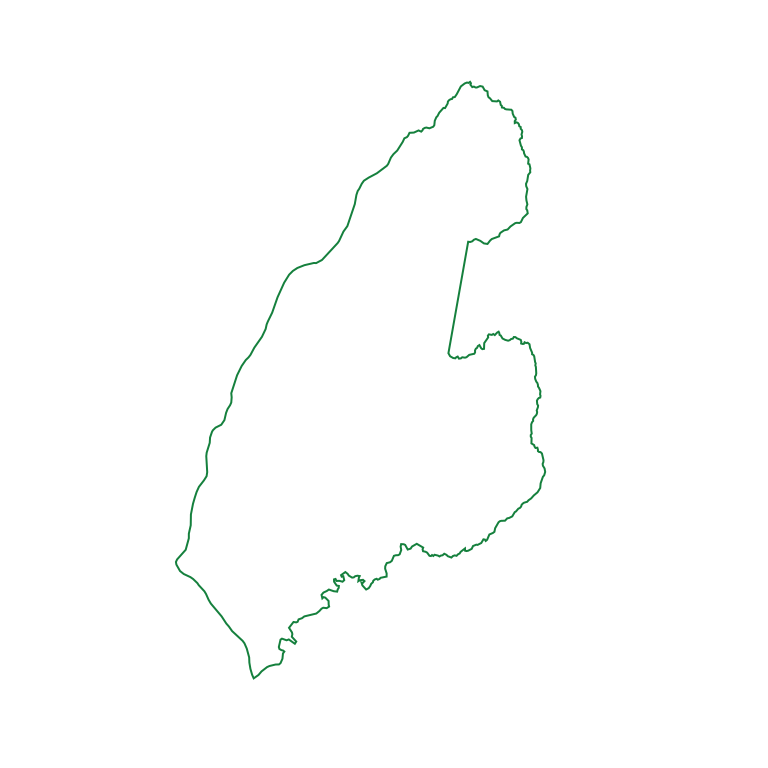 Conceição do Araguaia, Pará, Brazil, rotated 190°
{"feature_id": "56859067B33954079822227", "entity_name": "Conceição do Araguaia", "entity_type": "district", "adm_level": 2, "iso_a3": "BRA", "parent_name": "Brazil", "parent_adm1": "Pará", "projection": "natural_earth1", "projection_center": [-49.589, -8.207], "detail": "fine", "context": "isolated", "style": "outline", "palette": "green", "viewbox_px": 768, "rotation_deg": 190, "n_neighbors": 0, "source": "geoboundaries", "source_scale": "gbopen_adm2", "svg_char_len": 6139}
<svg xmlns="http://www.w3.org/2000/svg" viewBox="0 0 768 768"><g transform="rotate(190 384 384)"><path d="M473.2,99.6L469.3,91.3L468.2,86.2L466.1,80.3L463.4,74.8L461.2,71.5L457.1,75.6L454.7,79.7L450.0,84.9L447.8,86.4L442.1,88.9L438.7,89.6L437.4,91.2L436.3,95.8L436.7,101.1L435.7,103.2L437.1,104.0L438.8,104.1L441.0,104.9L441.9,106.7L441.5,114.3L440.3,115.5L435.4,114.7L433.4,115.9L426.7,112.7L425.7,115.1L430.9,119.1L430.8,121.7L431.5,123.4L435.2,127.4L431.8,133.9L429.1,134.0L427.8,134.8L427.2,137.4L424.1,139.1L422.1,141.3L410.8,146.2L408.2,149.2L406.5,151.9L405.0,153.1L401.5,153.3L399.4,155.3L400.2,157.2L400.9,160.7L404.7,163.4L406.5,163.6L407.5,162.2L408.9,165.5L407.4,168.1L404.4,170.2L402.6,172.0L397.5,171.2L394.1,171.4L393.9,173.7L393.2,175.3L393.4,177.3L395.6,177.3L398.8,180.6L399.3,182.9L397.9,183.6L396.6,181.8L393.9,182.4L390.5,182.1L389.1,183.9L390.7,187.6L392.2,186.9L393.1,188.3L389.4,192.1L386.8,190.7L385.4,189.2L381.8,187.8L380.2,188.3L379.0,189.7L376.8,190.6L374.6,190.6L375.1,188.8L375.0,185.4L373.8,186.5L370.7,187.5L369.0,186.5L370.3,184.5L371.7,184.6L370.3,181.9L365.9,178.5L363.6,180.3L362.5,182.6L361.9,185.0L360.5,186.8L360.4,188.4L359.2,189.9L357.4,190.9L356.2,190.2L354.5,191.2L353.8,192.5L348.0,194.8L348.5,197.9L350.8,202.3L351.1,204.7L350.2,208.1L347.1,209.5L345.6,211.2L344.4,216.5L342.6,217.4L340.3,217.9L339.0,219.0L338.2,223.5L339.4,226.8L339.3,229.3L336.7,229.6L335.2,229.2L331.9,225.1L329.2,226.5L328.2,228.8L324.0,232.3L317.0,229.7L317.3,228.0L316.5,226.1L313.9,226.0L312.2,225.4L309.4,222.7L307.9,222.7L307.0,223.9L305.6,223.2L304.6,224.6L301.1,224.4L299.4,223.8L298.4,224.8L296.6,225.5L295.2,227.3L292.8,226.6L291.3,225.5L287.5,224.8L286.2,226.6L284.6,227.5L282.7,227.4L281.5,229.2L280.1,230.2L279.4,232.0L275.7,236.1L275.2,233.9L273.8,233.8L272.2,234.4L269.0,236.9L268.2,239.9L265.2,241.8L263.9,241.8L260.6,244.3L259.1,248.3L257.6,248.3L256.6,247.1L255.4,248.5L254.1,254.1L250.9,256.2L249.6,257.6L249.5,261.3L247.2,267.7L246.2,268.9L244.8,269.6L241.1,270.4L239.3,273.1L237.5,273.8L234.7,275.9L233.0,280.5L231.9,281.4L230.1,284.5L228.6,285.6L227.7,287.1L227.5,288.9L226.6,290.3L225.5,291.4L222.5,292.9L221.5,294.6L219.2,296.9L217.1,300.3L214.0,304.0L212.1,308.7L212.5,313.4L211.4,320.2L210.4,321.9L210.0,325.4L211.2,328.7L213.3,331.1L213.9,332.9L213.5,334.8L213.7,336.7L216.4,343.0L218.0,344.1L219.5,344.0L220.7,344.6L221.1,346.3L221.9,347.9L223.7,347.3L224.9,348.5L225.5,349.9L228.5,351.1L229.3,356.5L230.3,357.6L230.6,359.2L229.9,360.8L231.0,364.2L232.0,369.8L231.6,372.0L230.7,373.6L231.1,375.1L230.7,376.8L228.7,379.8L228.3,381.2L228.3,383.0L229.0,384.4L228.4,387.9L228.5,389.5L229.6,390.8L230.5,394.1L230.0,395.7L229.2,397.0L227.8,397.8L227.8,399.5L228.5,400.9L228.7,404.1L230.6,407.0L231.9,408.3L232.3,410.0L233.2,411.7L234.4,412.7L236.0,415.3L236.6,417.4L235.9,419.0L235.9,420.9L237.4,427.2L238.2,428.6L238.2,430.6L239.0,431.9L240.9,437.4L241.9,438.6L243.3,439.0L243.6,440.6L246.4,444.9L247.6,448.4L249.7,449.6L251.2,449.0L252.8,449.5L253.3,447.8L254.6,447.5L256.0,447.7L256.1,449.5L257.0,451.2L261.1,452.1L262.7,453.0L264.3,452.8L265.0,451.0L266.6,450.4L267.8,449.0L269.3,448.2L272.3,448.5L275.2,449.4L277.4,452.0L278.7,452.4L279.3,454.2L280.2,455.4L281.5,454.3L283.4,451.4L285.1,452.2L286.3,451.1L289.3,451.1L290.1,449.6L289.5,448.0L292.4,441.7L291.6,436.0L293.2,435.4L294.5,436.1L296.8,438.9L298.2,437.6L298.6,435.8L299.7,434.7L300.2,432.9L299.8,431.0L300.3,429.5L305.1,427.5L307.4,424.7L308.8,424.0L311.6,423.9L312.7,422.6L314.6,422.0L316.2,423.8L317.5,422.9L318.2,421.7L320.4,421.6L323.7,422.8L325.9,425.5L325.8,538.7L323.8,538.8L321.8,539.9L320.6,541.6L318.7,542.8L314.0,541.7L310.0,539.8L306.4,539.9L304.4,543.7L303.0,545.5L296.3,549.4L296.2,551.5L295.6,553.1L292.5,556.1L289.1,557.6L286.8,561.1L282.7,565.2L281.3,565.8L278.6,566.1L277.3,567.2L276.0,571.7L272.1,577.0L273.1,579.9L274.2,581.0L274.5,583.1L274.0,585.8L275.6,589.5L276.6,593.1L276.6,600.9L278.3,603.5L278.9,605.8L278.2,608.8L278.3,615.0L276.7,617.9L277.2,619.6L277.3,621.8L278.9,625.6L280.3,626.0L280.6,630.3L281.5,631.7L282.7,632.5L284.1,632.6L286.1,635.5L286.6,637.1L287.4,638.4L288.9,639.0L289.3,641.1L290.5,642.4L292.9,647.6L292.2,649.5L290.9,650.2L291.1,652.0L291.9,653.6L291.6,656.4L292.2,657.9L293.7,659.1L294.0,660.8L295.5,661.3L296.3,663.3L297.6,664.4L299.0,664.7L300.5,663.7L300.9,665.6L300.1,667.3L300.8,669.1L302.2,669.6L304.2,672.6L304.9,675.1L306.2,676.2L311.3,675.7L312.7,675.9L313.8,676.8L315.9,676.8L316.3,678.4L317.5,679.1L318.7,682.1L320.7,683.1L321.8,681.9L326.5,681.4L329.3,683.8L330.8,684.5L331.9,686.3L332.9,690.1L335.9,690.8L338.5,694.0L341.1,694.1L344.1,692.1L345.4,691.9L347.1,692.5L348.6,691.7L350.9,693.8L350.6,695.3L351.7,696.5L353.0,695.2L354.6,695.3L356.7,694.0L360.0,690.4L362.7,682.0L364.1,678.9L365.9,678.3L366.5,676.5L367.9,676.0L369.3,674.7L370.1,673.2L370.0,671.3L371.8,666.3L373.4,666.2L376.7,660.8L377.9,657.0L378.8,655.8L379.7,652.0L379.4,647.6L380.2,645.9L383.7,643.7L386.8,643.9L388.3,643.3L389.8,642.0L390.2,640.4L391.2,639.0L394.0,639.7L398.2,636.8L402.5,635.8L403.4,632.6L404.3,631.1L406.6,629.5L407.6,625.7L411.5,616.2L414.6,612.0L416.5,608.2L418.1,601.4L419.1,599.4L427.6,590.3L434.9,584.6L439.1,580.7L440.7,577.3L442.3,571.9L443.4,569.5L444.0,565.4L444.0,556.1L447.5,533.1L450.4,527.1L453.1,517.0L454.1,514.8L466.6,495.4L471.8,491.3L474.1,491.0L483.0,487.2L489.5,483.2L493.4,479.5L496.4,475.2L499.9,466.5L503.9,450.9L506.5,434.9L509.2,425.5L509.9,422.3L510.1,417.6L512.4,409.3L518.0,397.3L520.6,389.4L522.1,386.6L524.3,383.6L527.3,377.0L530.2,367.1L532.8,348.4L531.7,344.4L531.2,339.2L531.9,336.4L533.7,332.2L534.5,328.2L534.9,320.7L537.2,315.6L542.3,311.8L544.5,308.7L545.1,307.0L546.0,301.1L545.4,295.8L546.7,285.6L546.5,282.1L542.8,266.5L542.7,262.4L544.6,257.8L548.4,250.6L549.8,245.1L550.6,239.4L551.3,232.9L551.5,222.0L549.8,211.3L550.2,202.7L549.4,198.2L550.5,186.3L557.3,175.3L558.0,172.6L557.1,170.1L552.4,164.4L548.2,162.1L541.1,160.2L538.1,158.8L533.2,155.5L531.5,153.7L524.9,148.7L522.8,146.3L519.3,141.1L516.4,137.7L503.6,127.0L497.7,120.7L494.7,118.3L490.7,114.3L478.6,106.5L476.4,104.4L473.2,99.6Z" fill="none" stroke="#15803d" stroke-width="2"/></g></svg>